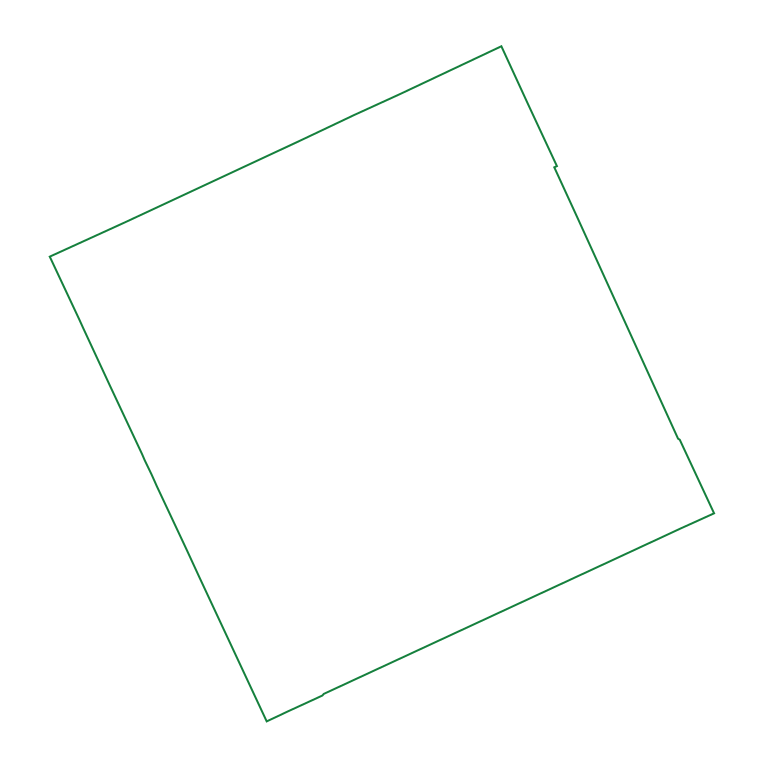 Cochise, Arizona, United States of America (Equal Earth projection), rotated 155°
{"feature_id": "52423323B82502698650850", "entity_name": "Cochise", "entity_type": "district", "adm_level": 2, "iso_a3": "USA", "parent_name": "United States of America", "parent_adm1": "Arizona", "projection": "equal_earth", "projection_center": [-109.611, 31.88], "detail": "fine", "context": "isolated", "style": "outline", "palette": "green", "viewbox_px": 768, "rotation_deg": 155, "n_neighbors": 0, "source": "geoboundaries", "source_scale": "gbopen_adm2", "svg_char_len": 550}
<svg xmlns="http://www.w3.org/2000/svg" viewBox="0 0 768 768"><g transform="rotate(155 384 384)"><path d="M138.4,453.3L138.1,508.4L135.2,508.4L135.2,576.5L134.9,640.5L247.8,640.0L297.3,640.4L357.6,640.0L552.4,640.0L633.1,640.7L632.9,571.3L633.0,562.2L633.1,497.8L632.9,422.7L633.1,416.0L632.9,400.6L633.0,392.3L633.1,387.9L632.9,320.9L632.9,314.1L633.0,287.9L633.0,285.5L632.9,127.8L609.5,127.9L571.5,127.7L569.5,128.6L238.3,127.8L175.5,127.7L139.5,127.3L139.5,208.5L140.6,210.2L138.4,453.3Z" fill="none" stroke="#15803d" stroke-width="2"/></g></svg>